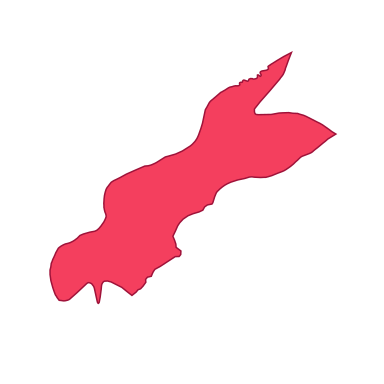 Nhommalath, Khammouan, Laos, rotated 313°
{"feature_id": "54806243B45246983413139", "entity_name": "Nhommalath", "entity_type": "district", "adm_level": 2, "iso_a3": "LAO", "parent_name": "Laos", "parent_adm1": "Khammouan", "projection": "mercator", "projection_center": [105.307, 17.543], "detail": "fine", "context": "isolated", "style": "filled", "palette": "rose", "viewbox_px": 384, "rotation_deg": 313, "n_neighbors": 0, "source": "geoboundaries", "source_scale": "gbopen_adm2", "svg_char_len": 4568}
<svg xmlns="http://www.w3.org/2000/svg" viewBox="0 0 384 384"><g transform="rotate(313 192 192)"><path d="M361.8,169.6L353.6,166.7L346.7,164.7L338.9,162.6L338.7,162.6L338.4,162.6L338.2,162.6L338.0,162.4L336.1,162.0L335.5,162.1L334.9,163.1L334.1,164.0L332.0,163.5L328.2,160.6L326.8,160.1L326.0,160.2L325.3,161.1L325.3,161.5L325.1,161.9L325.0,162.5L324.7,162.9L324.4,163.0L323.7,163.2L323.3,163.2L323.0,162.8L323.0,162.0L323.0,161.4L322.8,160.6L322.6,160.3L322.2,160.1L321.7,160.5L321.4,160.9L320.8,161.4L320.1,161.8L319.3,161.7L319.0,161.7L318.3,161.3L318.1,161.2L317.1,160.5L316.5,160.0L316.2,159.5L316.2,159.0L315.6,158.3L315.0,157.5L314.6,157.4L314.3,157.2L313.7,156.8L312.9,156.9L312.4,157.1L311.9,157.3L311.3,157.3L310.9,157.1L310.5,156.3L310.1,155.3L309.6,154.2L309.2,153.6L308.8,153.3L308.4,153.3L307.7,153.3L306.9,153.8L306.5,153.8L306.0,153.5L305.7,153.0L305.5,152.8L305.2,152.6L304.7,152.4L304.3,152.4L303.9,152.6L303.6,153.0L303.4,153.4L303.0,153.9L302.8,153.9L302.7,153.9L302.3,153.8L301.6,153.6L300.8,153.0L299.6,151.7L299.3,151.3L297.4,150.0L297.2,150.0L296.1,149.3L294.7,148.3L293.0,147.6L289.3,146.7L285.4,145.5L284.5,145.1L277.8,144.4L273.0,143.8L271.4,143.6L270.4,143.6L269.2,143.7L267.7,144.1L265.4,144.7L263.9,145.1L262.8,145.3L262.0,145.5L261.5,145.6L261.2,145.7L249.4,152.8L244.5,155.2L238.5,157.8L237.2,158.3L234.7,159.1L233.7,159.3L232.3,159.5L231.1,159.7L228.9,159.7L227.4,159.7L226.2,159.6L224.6,159.4L215.4,157.0L208.5,154.1L201.5,149.9L200.6,149.3L199.8,148.8L198.9,148.4L198.4,148.3L190.8,146.3L189.3,145.9L187.6,145.3L184.1,143.8L182.4,142.8L181.2,142.0L180.1,141.0L179.3,140.3L178.8,139.8L169.9,135.9L160.3,131.8L153.6,129.6L149.1,127.9L147.4,127.2L145.7,126.7L144.1,126.3L143.5,126.3L142.4,126.4L140.2,126.6L138.6,126.8L137.8,126.8L136.8,127.0L135.3,127.4L133.4,128.3L131.9,129.1L129.7,130.4L127.0,132.4L125.1,134.0L123.5,135.3L122.2,136.7L120.6,138.2L119.8,139.4L119.5,139.7L118.5,141.2L118.0,142.0L117.7,142.7L117.1,143.9L116.5,144.8L115.9,145.6L115.1,146.2L113.4,146.9L111.6,147.5L109.8,148.0L106.7,148.4L105.6,148.6L102.2,148.8L99.6,148.6L98.3,148.2L97.1,147.7L96.1,147.0L93.0,144.7L87.2,141.2L83.8,139.7L80.0,139.6L76.6,139.0L74.7,138.5L71.6,137.3L69.4,136.0L67.6,134.8L65.5,133.9L63.0,133.1L60.9,132.7L59.7,132.6L58.0,133.0L56.0,133.5L54.7,133.8L52.9,134.5L50.3,135.4L47.7,136.2L45.7,137.1L43.9,137.7L41.0,139.8L38.1,141.4L34.8,144.5L30.9,149.3L27.2,155.3L25.9,157.7L24.9,159.6L23.6,162.3L23.2,164.2L22.8,165.3L22.6,166.5L22.2,168.7L23.4,170.3L24.7,172.2L25.8,173.3L26.8,174.0L28.2,174.9L29.6,175.5L30.7,175.7L32.1,175.8L39.3,176.5L48.2,177.1L52.9,177.4L54.3,177.6L55.2,178.2L55.6,178.8L56.0,179.5L56.3,180.5L56.5,181.3L56.3,182.1L56.1,183.6L55.8,184.7L55.1,186.1L47.0,197.8L46.7,198.5L46.6,199.0L46.6,199.4L46.9,199.5L47.2,199.5L48.0,199.4L52.7,196.4L59.1,191.8L61.4,190.0L62.6,189.2L63.3,188.9L64.0,188.7L64.8,188.5L65.4,188.5L66.1,188.5L66.9,188.7L67.6,189.3L68.1,189.8L69.3,190.9L70.0,192.3L71.0,194.1L74.4,205.7L74.8,211.7L75.0,214.2L75.4,218.6L80.6,219.4L83.7,219.2L86.1,220.4L89.8,220.4L94.5,219.8L96.4,217.7L99.3,217.5L102.6,219.7L105.2,218.7L107.1,218.1L108.7,217.8L110.2,217.6L116.3,219.6L121.6,220.9L133.3,223.8L136.1,226.6L138.6,226.4L141.3,224.1L140.7,218.1L142.9,215.7L144.9,212.0L146.6,208.2L152.1,206.5L157.5,204.6L161.1,204.0L166.2,204.0L172.0,205.3L176.9,207.6L182.3,210.8L186.1,212.3L189.7,211.4L193.1,212.1L196.8,214.8L198.1,214.6L198.9,214.3L200.1,213.7L202.2,212.7L203.8,211.9L205.4,211.3L206.4,210.9L208.1,210.3L209.8,210.1L210.6,210.2L213.2,210.3L216.3,210.7L219.2,211.3L222.1,212.2L225.7,213.7L232.0,217.2L237.8,221.3L242.1,223.8L243.1,224.7L243.9,225.4L245.3,227.4L247.8,230.4L249.5,232.4L251.9,234.7L253.0,235.9L255.0,237.2L258.4,239.2L261.5,240.6L264.5,242.0L268.5,244.0L270.4,244.8L272.4,245.4L275.5,246.1L277.9,246.6L281.7,247.1L284.6,247.2L287.5,247.5L288.5,247.5L289.5,247.6L290.5,247.6L291.2,247.7L292.0,247.8L293.3,248.2L295.3,249.2L300.2,251.6L301.9,252.3L303.6,252.7L305.0,252.8L307.4,253.1L309.7,253.5L317.5,254.5L320.1,254.9L323.4,255.2L327.7,256.4L332.5,257.7L331.6,253.4L331.4,251.6L331.2,249.6L330.1,241.6L329.4,238.6L328.5,235.7L327.8,233.2L325.1,223.8L324.2,221.3L322.3,217.6L321.5,215.7L318.4,212.1L316.0,208.6L311.7,204.3L309.1,201.8L302.8,197.1L293.7,187.7L292.6,186.2L292.3,185.6L292.3,185.0L292.5,184.3L292.7,183.8L293.4,182.8L295.2,181.1L295.9,181.0L304.5,180.3L318.7,179.9L331.5,179.3L334.1,179.2L336.0,178.9L337.9,178.8L339.4,178.6L340.1,178.5L341.4,178.1L344.7,176.9L346.2,176.0L348.0,175.3L354.0,172.7L361.8,169.6Z" fill="#f43f5e" stroke="#9f1239" stroke-width="1.5"/></g></svg>